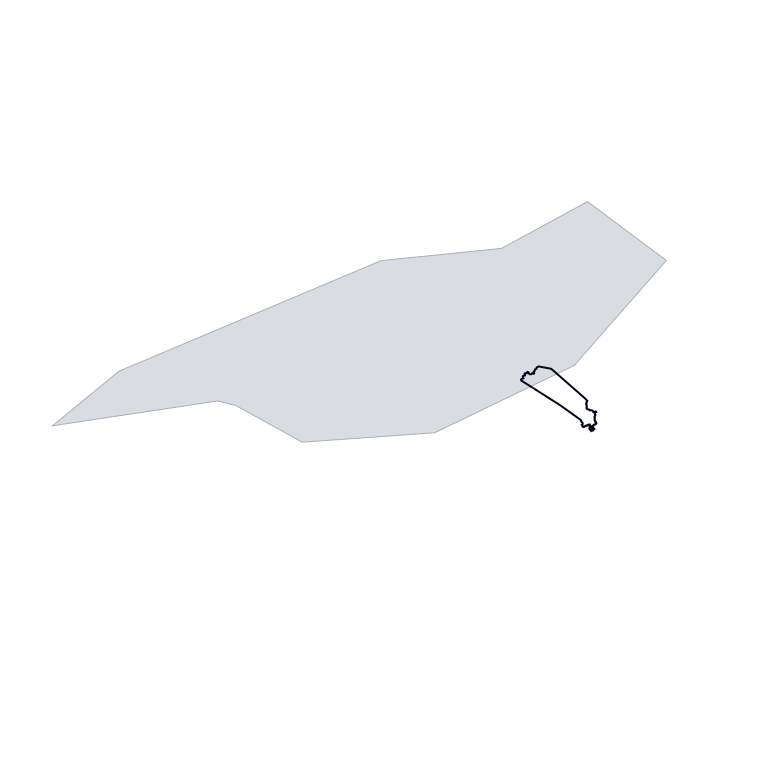 location of Ngchemiangel, Aimeliik, Palau, rotated 239°
{"feature_id": "81905179B62716900655722", "entity_name": "Ngchemiangel", "entity_type": "district", "adm_level": 2, "iso_a3": "PLW", "parent_name": "Palau", "parent_adm1": "Aimeliik", "projection": "natural_earth1", "projection_center": [134.478, 7.454], "detail": "fine", "context": "in_parent", "style": "outline", "palette": "ink", "viewbox_px": 768, "rotation_deg": 239, "n_neighbors": 0, "source": "geoboundaries", "source_scale": "gbopen_adm2", "svg_char_len": 4775}
<svg xmlns="http://www.w3.org/2000/svg" viewBox="0 0 768 768"><g transform="rotate(239 384 384)"><path d="M435.5,652.4L344.5,689.6L301.9,556.6L316.1,402.4L376.3,283.9L441.9,245.9L455.3,232.4L518.9,78.4L531.5,163.3L491.3,445.0L439.7,554.6L435.5,652.4Z" fill="#d9dde1" stroke="#a8b0b8" stroke-width="1"/><path d="M251.9,534.1L251.4,534.1L251.2,534.2L250.9,534.0L250.6,534.0L250.6,533.9L249.9,533.8L249.7,533.8L249.3,533.8L249.2,533.9L248.9,534.1L248.7,534.1L248.4,534.1L248.2,534.1L247.9,534.1L247.7,533.7L247.4,533.5L247.3,533.4L247.1,533.4L246.9,533.0L246.8,532.9L246.6,532.8L246.5,532.7L246.3,532.7L246.2,532.7L246.3,532.6L246.2,532.6L245.9,532.5L245.7,532.4L245.5,532.5L245.4,532.4L245.3,532.5L245.2,532.5L245.2,532.4L244.8,532.4L244.6,532.8L244.3,533.1L244.2,533.3L244.3,533.5L244.1,533.9L244.2,534.1L244.3,534.3L244.3,534.5L244.4,534.8L244.5,535.0L244.4,535.2L244.4,535.3L244.4,535.5L244.3,535.8L244.2,535.7L244.2,535.9L244.1,536.1L243.9,536.2L244.0,536.4L244.0,536.6L243.9,536.7L243.8,536.9L243.7,537.0L243.8,537.4L243.7,537.4L243.7,537.6L243.7,537.9L243.8,538.6L243.7,538.8L243.2,539.5L243.0,539.3L242.9,539.1L242.7,539.1L242.4,538.9L242.2,538.8L242.1,538.7L241.9,538.7L241.6,538.5L241.5,538.4L241.4,538.3L241.4,538.2L241.2,538.1L241.2,538.3L241.1,538.5L240.8,538.5L240.5,538.4L240.4,538.5L240.3,538.4L240.2,538.4L240.2,538.2L240.1,537.9L240.1,537.6L240.2,537.4L240.0,537.1L239.9,537.0L239.7,536.9L239.4,536.9L239.2,536.9L238.8,536.9L238.5,537.0L238.2,537.1L238.1,537.4L237.9,537.3L237.7,537.4L237.3,537.6L237.4,537.9L237.5,538.1L237.3,538.2L237.2,538.1L237.2,538.3L236.9,538.3L236.8,538.6L236.7,538.6L236.5,538.9L236.6,539.1L236.8,539.2L236.8,539.3L237.0,539.5L237.0,539.8L237.3,539.8L237.5,539.8L237.7,539.7L237.9,539.6L238.0,539.6L237.7,539.9L237.6,540.1L237.4,540.2L237.3,540.3L237.3,540.2L237.1,540.2L237.1,540.3L237.2,540.5L237.5,540.7L237.7,540.9L238.0,540.9L238.0,541.0L238.3,541.0L238.3,540.9L238.5,540.7L238.4,540.5L238.5,540.4L238.4,540.2L238.5,540.2L238.6,540.4L238.9,540.4L239.1,540.3L239.3,540.2L239.5,539.9L239.6,540.0L240.0,540.1L240.2,540.3L240.3,540.4L240.6,540.4L240.5,540.5L240.5,540.9L240.3,540.9L240.3,541.1L240.4,541.3L240.5,541.5L240.2,541.5L240.3,541.7L240.4,542.0L240.5,542.4L240.6,542.5L240.9,543.0L241.0,543.2L240.8,543.7L240.7,543.8L240.6,544.0L240.6,544.3L240.5,544.5L240.7,544.9L240.7,545.1L240.8,545.4L241.0,545.4L240.9,545.7L241.0,545.9L241.3,546.0L241.5,546.0L241.8,546.0L242.2,545.9L242.4,545.9L242.5,546.0L242.8,546.0L242.9,545.9L243.0,545.8L243.0,545.7L243.4,545.8L243.6,545.8L243.7,546.0L243.9,546.0L244.0,545.9L244.5,545.9L244.6,546.0L244.8,546.2L245.0,546.3L245.3,546.3L245.4,546.6L245.8,546.9L246.2,547.2L246.4,547.3L246.6,547.2L246.8,547.3L247.0,547.5L247.2,547.4L247.5,547.5L247.5,547.8L247.8,548.0L248.0,548.2L248.2,548.4L248.2,548.6L248.3,548.8L248.4,548.7L248.6,548.9L248.8,549.0L248.7,549.1L248.9,549.2L249.2,549.4L249.3,549.3L249.6,549.3L249.7,549.5L250.1,549.7L250.5,549.7L251.0,549.7L251.3,549.6L251.1,550.5L251.0,550.9L250.9,550.9L250.9,551.2L250.8,551.5L251.1,551.5L251.2,551.4L251.5,551.2L251.5,550.6L251.3,550.5L251.5,549.5L251.6,549.3L252.1,549.4L252.3,549.4L252.4,549.1L252.6,549.2L252.7,549.3L253.2,549.2L253.7,548.9L254.2,548.7L254.8,548.2L255.1,547.6L255.2,547.4L255.3,547.3L255.2,547.0L255.4,546.8L255.5,546.9L255.9,546.8L256.1,546.7L256.3,546.8L256.5,546.7L257.1,545.9L257.3,545.6L257.5,545.5L257.8,545.3L258.1,545.2L258.5,545.1L259.2,545.2L259.3,545.6L259.4,545.8L260.2,546.2L260.6,546.3L261.0,546.6L261.7,546.8L261.9,546.8L262.1,546.8L262.2,547.0L262.3,546.9L262.5,547.1L263.2,547.3L263.5,547.6L263.9,547.8L264.0,547.9L264.1,548.4L264.3,548.7L264.3,549.0L264.8,549.6L267.7,549.0L310.9,535.2L319.5,525.5L319.4,525.0L319.5,524.3L319.5,523.9L319.4,523.4L319.2,523.0L318.9,522.8L318.6,522.6L318.7,520.8L318.2,520.5L317.9,520.3L317.6,519.9L317.5,519.1L317.5,518.7L317.3,518.5L316.9,518.3L316.5,518.3L316.1,518.3L315.8,518.3L315.6,518.0L315.7,517.6L315.9,517.4L316.3,517.4L316.6,517.2L316.8,516.9L316.9,516.7L316.8,516.3L316.7,515.8L316.6,514.9L317.0,514.3L317.2,514.2L317.3,514.0L317.4,513.9L317.6,513.9L317.8,513.8L318.4,513.9L318.6,513.8L318.7,513.6L318.8,513.5L319.0,513.1L319.3,513.2L319.5,513.7L319.7,513.8L319.8,513.8L320.0,513.7L320.3,513.5L320.3,513.3L320.4,513.1L320.2,512.0L320.1,511.3L320.2,511.1L320.3,510.9L320.4,510.6L320.5,510.3L320.5,510.1L320.5,509.9L320.4,509.8L320.2,509.7L319.9,509.7L319.8,509.8L319.6,509.8L319.3,509.8L319.1,509.7L318.9,509.6L318.8,509.4L318.7,509.2L318.8,508.8L318.9,508.5L319.1,508.3L319.2,508.1L319.2,507.9L319.3,507.6L319.3,507.4L319.2,507.2L318.9,506.9L317.5,506.4L317.1,506.4L317.2,506.1L317.3,505.5L317.4,505.4L317.4,504.7L317.4,504.2L317.1,503.7L316.6,503.5L316.1,503.5L315.8,503.7L274.8,524.2L251.9,534.1Z" fill="none" stroke="#020617" stroke-width="2"/></g></svg>